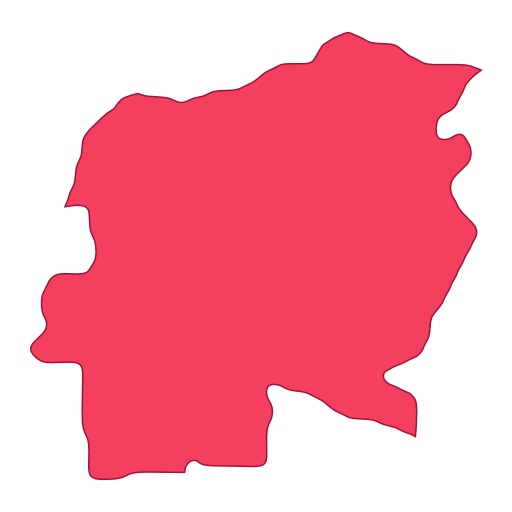 the district of Guerra, Santo Domingo, Dominican Republic
{"feature_id": "3306468B94493131963400", "entity_name": "Guerra", "entity_type": "district", "adm_level": 2, "iso_a3": "DOM", "parent_name": "Dominican Republic", "parent_adm1": "Santo Domingo", "projection": "mercator", "projection_center": [-69.659, 18.576], "detail": "fine", "context": "isolated", "style": "filled", "palette": "rose", "viewbox_px": 512, "rotation_deg": 0, "n_neighbors": 0, "source": "geoboundaries", "source_scale": "gbopen_adm2", "svg_char_len": 4132}
<svg xmlns="http://www.w3.org/2000/svg" viewBox="0 0 512 512"><path d="M137.9,93.6L133.6,94.5L126.7,96.8L123.8,98.0L121.4,99.6L118.3,102.7L114.4,108.2L113.4,109.1L107.2,113.2L102.1,117.6L90.8,128.5L87.4,132.4L85.4,135.1L83.8,138.0L82.8,141.2L82.4,144.4L81.7,152.5L81.1,155.7L80.1,158.6L77.6,163.9L76.6,166.8L76.0,170.0L75.0,179.8L74.4,183.0L73.4,185.9L70.1,192.5L67.7,200.2L65.0,206.7L73.7,205.5L77.3,205.3L80.8,205.5L84.1,206.2L85.6,206.9L86.9,207.9L87.9,209.2L88.5,210.6L89.2,213.6L89.8,225.4L90.5,230.6L91.5,233.6L94.6,240.4L95.7,245.6L96.1,252.9L95.4,258.2L94.9,259.9L93.7,262.7L90.0,268.7L88.4,270.9L87.3,271.9L85.9,272.7L84.3,273.3L81.0,273.8L75.7,274.0L64.7,273.7L61.0,273.9L57.5,274.5L55.8,275.1L53.2,276.7L50.9,278.7L49.1,281.1L43.1,293.2L42.1,296.2L41.5,301.1L41.5,306.0L42.2,310.9L43.0,313.9L45.4,319.1L46.4,321.7L46.7,324.8L46.2,327.8L44.7,330.8L42.7,333.5L34.4,341.8L32.3,344.2L31.0,347.0L30.7,348.6L30.9,350.1L31.3,351.6L32.9,354.3L36.1,357.7L40.3,360.5L43.5,361.8L47.1,362.4L50.8,362.6L69.1,362.1L74.2,362.4L77.4,363.1L78.8,363.8L80.1,364.8L81.1,366.1L82.3,369.1L82.8,374.2L82.2,410.0L82.5,423.1L83.4,428.5L84.4,431.6L87.5,438.3L88.6,443.5L89.0,450.8L88.7,467.2L89.2,472.2L90.3,475.2L91.3,476.5L92.6,477.5L95.6,478.7L100.7,479.3L108.0,479.3L115.4,478.8L119.1,478.2L122.5,477.3L129.3,474.2L132.3,473.2L135.8,472.6L139.3,472.2L148.5,472.0L184.6,472.4L185.4,468.0L185.9,466.5L187.4,464.1L189.3,462.1L190.4,461.3L193.0,460.4L194.4,460.3L196.8,460.9L200.3,463.4L202.9,464.5L206.1,465.2L211.4,465.7L254.8,466.5L259.9,466.0L262.9,464.9L264.2,463.9L265.2,462.6L265.9,461.2L266.3,459.6L266.7,456.4L266.6,436.4L267.2,429.2L268.1,425.8L271.6,417.8L272.4,413.1L272.4,409.9L271.9,406.7L270.8,403.9L268.1,398.9L267.1,396.1L266.5,393.2L266.6,390.3L267.5,387.5L268.4,386.3L269.6,385.3L272.4,384.4L275.3,384.4L279.7,385.3L286.2,388.6L289.2,389.7L292.6,390.5L303.2,391.9L308.1,393.4L321.8,400.4L324.5,402.4L331.0,407.8L335.1,410.7L348.8,417.4L353.9,418.5L368.0,419.3L371.5,419.8L374.9,420.6L383.0,424.2L395.3,427.5L403.3,431.5L410.8,434.2L415.4,436.6L416.3,425.9L416.7,411.5L416.4,404.5L415.7,401.1L415.0,399.5L414.3,398.1L412.4,395.8L410.2,393.8L408.9,393.0L401.9,389.9L396.6,387.1L389.6,384.3L387.2,382.7L385.2,380.7L384.4,379.5L383.8,378.2L383.5,376.8L383.5,375.3L383.8,373.9L384.4,372.6L385.4,371.5L386.5,370.8L394.9,366.2L402.2,363.4L410.1,359.3L415.8,356.8L417.0,356.0L419.3,354.0L421.3,351.8L422.1,350.5L424.7,344.9L427.4,339.7L428.6,336.9L429.6,332.2L430.5,322.4L431.1,319.3L431.7,317.7L432.4,316.2L434.3,313.3L439.7,306.7L442.3,302.9L444.9,297.2L449.3,289.4L451.7,283.6L456.1,275.8L458.5,270.0L462.9,262.2L465.4,256.4L469.9,248.6L472.5,242.9L475.3,237.9L476.3,235.2L476.6,233.7L476.6,230.5L475.6,227.5L474.8,226.1L472.9,223.6L462.4,212.8L459.3,208.9L457.7,206.1L455.7,201.8L452.1,195.4L451.1,192.4L450.6,189.2L450.6,185.9L451.2,182.7L451.8,181.2L453.4,178.3L456.5,174.6L466.0,165.2L468.1,162.7L469.7,159.8L470.6,156.7L471.0,153.4L470.8,150.1L470.1,146.9L468.8,144.1L465.3,138.2L463.7,136.0L462.6,135.2L461.3,134.6L459.9,134.3L458.5,134.4L455.9,135.1L451.3,137.8L448.7,138.9L445.7,139.5L444.3,139.6L441.3,139.2L439.9,138.7L438.6,137.8L437.6,136.6L436.9,135.2L436.5,133.8L436.1,129.2L436.3,126.0L436.8,122.9L437.9,119.8L438.7,118.5L440.7,116.1L443.0,114.3L450.9,110.2L454.2,107.3L456.0,104.9L456.7,103.6L458.6,99.4L462.9,91.5L465.3,85.7L466.9,83.2L469.8,79.7L473.2,76.4L477.1,73.2L481.3,70.1L470.5,66.0L465.5,65.0L456.8,64.6L433.8,64.6L428.7,64.2L425.3,63.6L422.3,62.5L415.8,58.9L410.1,56.2L407.4,54.4L399.6,48.0L396.8,46.1L395.3,45.4L393.6,44.8L390.2,44.1L376.1,43.3L370.9,42.5L367.8,41.4L361.3,37.8L352.0,33.7L349.5,32.8L348.2,32.7L346.9,32.8L344.3,33.5L334.9,37.4L332.3,38.9L323.8,44.3L321.9,46.3L314.1,59.5L312.3,61.5L311.0,62.4L308.1,63.3L304.8,63.7L287.4,63.8L283.9,64.1L280.6,64.9L277.8,66.1L265.5,72.4L262.8,74.4L256.3,79.8L252.2,82.6L238.5,89.2L233.4,90.2L219.3,90.8L214.1,91.5L211.0,92.5L205.7,95.1L202.8,96.2L193.6,98.3L190.8,99.4L186.9,101.2L184.2,102.2L181.2,102.5L179.6,102.4L176.8,101.6L170.2,98.7L167.0,97.9L161.8,97.2L147.6,96.2L144.2,95.6L137.9,93.6Z" fill="#f43f5e" stroke="#9f1239" stroke-width="1.5"/></svg>